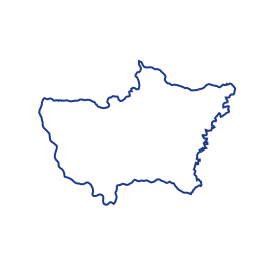 Irituia, Pará, Brazil, rotated 112°
{"feature_id": "56859067B38485499919925", "entity_name": "Irituia", "entity_type": "district", "adm_level": 2, "iso_a3": "BRA", "parent_name": "Brazil", "parent_adm1": "Pará", "projection": "orthographic", "projection_center": [-47.41, -1.836], "detail": "fine", "context": "isolated", "style": "outline", "palette": "blue", "viewbox_px": 256, "rotation_deg": 112, "n_neighbors": 0, "source": "geoboundaries", "source_scale": "gbopen_adm2", "svg_char_len": 5478}
<svg xmlns="http://www.w3.org/2000/svg" viewBox="0 0 256 256"><g transform="rotate(112 128 128)"><path d="M165.7,44.9L164.1,45.1L163.4,44.2L162.2,44.2L160.9,44.2L160.0,43.6L158.9,43.4L157.8,43.1L156.8,42.1L155.6,41.2L154.5,40.4L154.5,38.7L153.2,38.6L152.0,39.4L150.5,40.1L150.2,41.6L149.3,42.7L149.3,44.0L150.5,44.5L148.9,45.6L147.7,46.1L146.8,47.3L146.5,48.6L145.4,49.4L144.1,49.2L142.6,49.4L141.8,51.4L139.4,51.4L137.6,51.7L136.3,51.9L134.8,52.0L134.9,51.0L135.7,50.3L135.0,49.4L133.4,50.2L132.2,50.2L131.5,49.1L130.4,49.6L131.2,51.3L130.8,52.8L129.6,52.6L128.3,53.4L126.7,53.8L124.7,53.5L123.1,52.0L122.4,52.8L121.5,53.5L120.5,52.6L120.1,51.3L118.5,51.3L118.1,49.4L117.2,48.1L116.7,49.4L115.8,50.1L114.5,51.3L114.1,50.1L113.1,48.3L111.6,49.1L111.7,50.3L112.4,51.6L110.8,51.1L109.4,50.5L108.2,50.7L108.7,52.1L109.1,53.5L108.3,54.4L107.8,55.4L106.7,56.1L106.2,55.1L106.0,53.7L105.2,52.6L103.7,52.8L102.9,53.5L101.8,54.4L100.7,55.2L100.6,54.1L100.9,53.0L99.9,51.7L99.3,50.2L98.3,49.8L96.4,50.3L95.8,48.7L94.8,48.1L94.1,49.4L94.2,51.3L92.8,51.7L91.3,52.1L89.8,51.5L89.2,50.3L88.8,49.2L87.6,49.3L86.4,51.0L84.6,50.5L83.2,49.9L81.8,49.6L80.1,49.0L80.4,47.9L81.6,47.1L82.9,46.2L81.9,45.1L80.9,44.6L79.9,43.8L79.0,43.2L77.7,42.7L76.4,41.6L75.7,40.6L74.5,40.6L73.3,42.2L71.3,42.3L70.2,42.7L70.4,43.8L71.7,45.4L73.3,47.2L71.4,48.2L69.8,48.4L68.7,47.9L66.8,45.4L65.7,45.6L64.6,47.4L63.1,48.7L62.5,46.9L61.5,45.6L59.8,45.6L58.4,45.0L57.4,42.8L56.0,42.5L54.5,42.9L53.1,43.1L51.2,43.5L50.3,44.9L48.5,48.6L48.6,50.1L50.2,51.4L50.0,52.9L51.5,53.3L52.0,54.8L52.2,56.2L53.5,56.7L55.9,58.2L56.1,59.6L55.8,61.2L56.0,62.5L56.7,65.5L56.7,67.7L57.1,69.6L58.4,71.0L60.3,72.0L61.6,72.4L63.5,73.8L65.6,76.8L66.9,78.1L68.3,80.9L69.5,83.8L68.9,85.0L68.9,86.3L68.7,88.2L69.6,89.9L69.6,91.0L69.4,92.0L69.5,93.4L69.5,94.7L69.7,96.5L69.7,97.6L70.1,99.5L70.4,101.2L71.4,102.6L71.9,103.7L71.2,106.1L71.5,107.2L71.7,108.3L71.2,109.2L70.8,110.3L69.6,111.9L66.4,112.4L65.2,113.5L64.5,115.0L63.7,116.7L63.2,118.4L62.3,120.0L62.4,121.6L62.3,122.8L63.0,123.9L63.4,125.4L62.9,128.1L63.3,130.2L64.7,132.8L65.1,133.9L65.3,135.8L64.2,137.8L62.9,139.0L61.9,140.4L61.9,142.9L63.7,142.2L64.9,141.6L65.6,140.7L66.4,139.9L67.4,138.6L68.6,138.1L70.1,138.0L71.2,138.1L72.1,138.9L72.7,140.1L73.9,140.4L75.6,140.9L77.2,140.4L77.6,138.7L78.4,137.8L79.4,136.7L80.6,135.6L81.7,135.0L82.9,134.1L83.8,133.6L84.9,133.3L86.4,132.9L88.1,132.8L88.5,133.9L89.0,134.9L88.6,135.9L88.5,137.2L89.0,138.7L90.5,139.7L91.4,139.0L92.5,138.3L92.9,139.5L93.9,140.5L95.5,139.6L97.4,138.3L98.7,139.4L99.1,140.5L99.9,141.2L101.1,141.9L102.2,141.8L103.2,142.6L104.2,143.3L105.2,143.9L105.9,145.2L105.1,147.4L103.7,148.3L102.8,149.7L103.5,151.0L103.9,153.4L104.5,154.3L105.6,154.8L106.4,155.6L106.8,156.7L108.1,157.3L109.2,157.4L111.7,156.9L112.4,155.9L112.8,154.8L113.8,154.0L115.2,153.9L116.1,154.5L116.9,155.2L118.0,156.9L118.7,158.0L119.1,159.2L119.2,160.8L119.3,162.5L119.3,164.1L118.5,165.2L118.0,166.7L117.2,167.9L116.5,168.8L116.7,170.7L116.4,172.6L116.4,173.8L116.7,175.5L117.2,176.5L117.8,177.6L118.6,178.7L118.6,179.9L118.9,181.4L119.5,183.1L120.6,183.9L121.6,185.1L122.3,186.5L122.6,187.7L123.7,189.1L124.8,191.3L125.1,192.5L125.1,194.2L125.4,195.5L126.1,196.7L126.8,197.7L127.0,198.9L127.7,200.2L127.7,201.5L128.8,202.6L128.7,203.9L129.4,205.3L130.1,206.2L130.4,207.3L129.7,208.7L129.6,210.0L129.7,211.2L130.4,212.1L131.5,213.3L131.7,214.9L131.6,216.7L133.3,217.4L136.6,217.3L138.3,216.8L139.9,216.6L142.0,216.5L143.7,216.7L145.6,216.4L147.2,216.0L148.2,214.8L149.5,213.6L150.6,212.1L151.9,211.4L153.3,210.4L154.6,209.4L155.9,208.7L157.1,208.3L158.6,207.2L159.4,206.1L160.4,203.9L160.8,202.5L162.8,198.6L164.5,197.8L168.2,195.7L169.1,194.5L169.5,193.3L169.7,191.8L170.2,190.2L171.2,187.4L172.4,186.8L173.7,186.4L177.7,186.1L179.1,185.9L181.4,185.4L182.7,184.8L183.7,183.8L184.5,182.8L185.1,181.5L185.6,180.2L186.5,179.3L187.6,178.7L189.0,178.2L189.9,177.5L190.3,176.4L190.7,175.0L190.9,174.0L191.7,172.2L192.9,171.1L193.8,170.3L195.9,169.1L196.8,168.5L196.8,167.2L196.5,165.0L196.7,163.7L196.6,162.5L197.1,160.2L197.6,159.0L198.1,157.6L198.4,156.5L198.6,155.4L198.4,154.2L197.9,153.1L197.7,150.4L196.7,148.2L195.0,146.7L193.9,145.9L193.6,144.8L193.8,143.6L194.1,142.2L194.5,141.3L196.2,139.2L197.1,138.2L198.2,137.5L199.4,136.9L200.5,136.4L201.7,136.4L202.9,136.1L203.8,135.0L203.8,133.8L203.3,132.8L202.7,131.9L201.6,130.8L200.7,130.2L200.1,129.1L199.9,127.9L200.0,126.7L200.6,125.6L201.8,124.8L203.6,124.2L205.4,123.6L206.5,122.8L207.3,121.9L207.5,120.7L207.4,119.6L206.7,118.5L205.8,117.9L204.5,117.4L203.4,116.6L203.2,115.5L203.4,114.1L203.7,112.8L202.7,112.4L200.2,112.2L197.5,112.4L196.3,112.7L195.2,113.3L194.3,114.2L193.3,115.1L191.9,115.5L190.3,115.1L187.8,115.8L186.6,116.5L185.2,116.3L184.6,115.3L183.2,113.3L182.2,112.7L181.7,111.7L181.4,110.4L181.4,109.1L181.2,107.8L180.6,106.7L177.6,104.3L176.7,103.7L175.1,103.3L173.6,102.6L173.4,101.4L173.5,99.7L173.3,97.9L172.5,97.0L171.9,95.9L171.3,94.9L171.2,93.4L170.3,92.3L169.6,91.2L169.5,89.8L169.6,88.5L169.9,87.2L169.7,86.1L169.1,85.1L167.5,83.3L166.6,82.8L165.5,82.3L164.6,81.3L164.1,80.1L163.9,78.8L164.4,77.8L164.3,76.4L164.1,75.3L164.3,74.1L164.5,73.0L164.5,71.9L164.0,70.8L162.0,69.1L162.4,67.9L162.8,66.5L162.2,65.6L162.4,64.4L163.2,63.6L163.9,62.6L165.1,60.3L165.6,59.3L166.2,58.0L166.6,55.1L166.9,53.5L167.0,52.0L166.7,50.9L165.8,48.8L165.7,47.7L165.8,46.6L165.7,44.9ZM120.1,51.3L121.5,50.5L120.3,49.7L120.1,51.3Z" fill="none" stroke="#1e3a8a" stroke-width="2"/></g></svg>